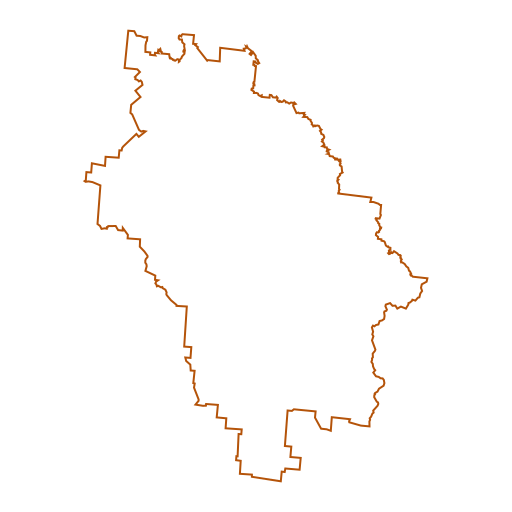 the district of Charters Towers, Queensland, Australia
{"feature_id": "25037944B10597176528862", "entity_name": "Charters Towers", "entity_type": "district", "adm_level": 2, "iso_a3": "AUS", "parent_name": "Australia", "parent_adm1": "Queensland", "projection": "albers", "projection_center": [146.233, -20.209], "detail": "fine", "context": "isolated", "style": "outline", "palette": "amber", "viewbox_px": 512, "rotation_deg": 0, "n_neighbors": 0, "source": "geoboundaries", "source_scale": "gbopen_adm2", "svg_char_len": 5987}
<svg xmlns="http://www.w3.org/2000/svg" viewBox="0 0 512 512"><path d="M280.8,481.3L281.7,471.6L284.7,472.0L285.3,468.5L299.6,469.7L300.7,457.9L290.4,457.0L291.3,446.6L284.9,446.0L287.6,410.5L291.9,410.9L293.9,409.3L315.6,411.4L315.0,417.6L321.1,428.7L326.7,429.3L330.8,430.8L331.8,417.2L350.0,419.2L349.1,421.2L349.3,422.3L360.9,425.6L369.5,426.4L369.4,421.5L370.1,419.8L369.7,418.3L371.1,416.7L372.4,413.6L373.6,412.6L373.2,410.6L377.6,405.7L378.3,403.9L378.0,402.4L376.8,401.7L374.2,397.2L374.3,395.4L375.0,394.3L374.6,393.9L375.1,393.0L377.5,391.6L379.0,388.7L383.6,385.7L384.4,383.1L383.8,379.9L382.6,378.4L380.6,378.3L378.7,376.9L376.0,376.3L373.3,372.6L375.2,370.2L374.1,368.9L373.0,366.3L372.8,363.9L371.4,361.9L372.1,359.9L372.0,358.4L372.9,357.3L372.7,353.6L375.0,350.8L375.4,349.6L372.0,340.3L373.4,336.3L372.3,334.4L373.1,331.7L371.9,327.4L373.0,325.6L374.4,326.3L376.0,325.0L378.4,324.5L379.6,321.0L381.9,320.5L384.1,319.0L384.6,315.9L384.1,312.3L384.5,311.4L386.3,310.8L386.9,309.7L385.4,306.2L385.8,304.6L390.1,303.1L392.5,305.8L395.4,305.6L397.3,308.6L400.9,306.6L405.9,308.6L408.3,304.6L408.5,303.0L409.8,302.6L411.9,300.9L412.4,299.7L415.4,300.6L417.9,297.7L419.4,297.3L420.3,293.5L422.1,291.0L421.0,287.8L421.8,284.3L426.6,281.7L427.4,278.3L412.8,276.7L411.7,275.6L410.9,275.6L410.3,274.7L410.4,274.0L411.1,273.7L410.0,271.4L409.0,270.7L408.2,267.8L406.3,266.4L404.7,264.0L402.1,262.3L401.1,262.4L400.8,261.1L401.7,259.4L400.6,258.6L400.9,258.0L400.2,257.0L400.8,255.9L400.3,255.1L398.5,254.9L397.5,253.5L394.0,251.2L392.4,253.1L391.4,253.0L391.0,252.1L390.0,253.8L389.0,254.1L388.2,253.2L389.1,252.7L388.9,250.5L390.4,249.5L390.4,247.8L388.6,247.4L388.2,246.5L387.5,246.7L385.9,245.5L384.7,241.9L383.9,241.2L381.5,240.7L381.4,239.3L377.9,238.8L378.1,236.9L375.9,235.1L376.1,233.4L377.0,232.2L378.2,232.5L379.1,231.9L379.0,230.8L379.9,230.0L380.0,228.5L381.0,228.4L381.2,227.5L380.4,227.3L379.2,225.2L379.3,223.9L378.2,223.2L378.2,222.3L376.4,220.2L376.7,219.5L375.6,218.7L375.8,218.2L379.5,218.6L380.9,215.0L380.3,214.0L381.1,205.0L380.0,205.0L378.4,203.7L373.4,202.0L370.3,202.0L371.4,197.6L337.4,193.4L339.2,192.8L338.7,191.0L339.6,189.7L339.0,189.0L339.2,184.5L337.7,182.8L337.9,182.2L337.2,181.0L338.4,179.7L337.6,179.3L337.7,177.8L340.1,175.2L339.9,174.0L342.6,172.5L342.1,171.8L341.6,166.5L339.9,165.4L339.8,164.2L340.6,163.6L339.9,161.4L340.6,161.1L340.3,159.5L339.4,159.6L339.8,161.0L339.1,161.2L337.0,158.5L336.1,158.6L336.4,159.5L335.1,159.5L334.8,158.1L333.7,157.8L332.9,156.5L329.7,156.1L329.1,154.1L328.0,153.9L328.7,153.6L328.7,152.3L326.7,151.4L326.8,150.9L329.1,149.7L327.0,148.9L326.8,147.4L324.7,147.3L324.5,145.9L323.6,146.5L322.3,146.2L324.3,144.6L323.3,142.4L321.9,141.5L322.8,140.3L322.2,139.6L323.9,138.2L324.3,137.0L323.4,134.9L321.2,133.8L321.1,132.3L320.0,130.9L321.5,129.7L320.5,129.0L318.9,125.9L317.1,125.5L315.2,126.2L314.8,125.5L313.3,126.4L312.7,125.0L311.7,124.4L312.0,123.0L310.5,120.7L310.6,119.8L308.4,119.0L307.3,117.1L303.4,116.9L304.3,115.9L304.0,115.1L304.8,114.7L303.7,113.9L304.2,112.9L299.2,113.3L298.5,112.6L296.5,113.1L293.1,105.7L293.3,104.6L295.7,103.9L294.2,102.4L293.5,103.0L291.0,102.5L289.2,103.6L287.3,102.3L285.8,102.4L285.6,101.4L284.0,100.3L282.7,101.7L281.6,102.0L280.0,101.0L279.7,101.9L279.1,101.9L277.1,100.1L277.7,98.0L276.6,96.6L275.8,97.6L272.9,97.3L271.4,95.1L269.8,94.9L269.5,97.7L261.6,96.9L261.7,95.3L260.1,96.0L258.5,95.1L258.0,93.6L256.5,92.9L253.9,93.0L254.0,91.6L251.4,89.9L251.7,88.6L253.2,88.3L253.4,85.3L254.5,85.3L254.4,84.1L253.3,83.2L253.7,82.0L254.4,81.8L256.0,66.1L254.7,66.0L254.4,64.9L253.3,64.8L253.7,61.3L255.4,61.5L255.3,62.4L257.8,63.9L259.2,63.1L258.0,61.3L257.9,60.2L255.8,58.3L255.7,55.8L253.1,52.2L251.0,55.0L249.6,53.9L251.8,51.2L247.9,48.2L247.1,46.5L246.9,47.1L246.1,46.6L246.5,47.6L245.7,48.4L243.8,48.7L244.5,50.8L220.2,47.8L219.7,61.4L207.9,60.1L207.2,60.7L197.3,48.1L197.9,47.1L195.3,45.2L196.1,44.1L193.1,43.8L194.0,35.1L182.5,34.2L181.7,34.9L181.3,36.4L179.5,35.5L178.9,36.1L178.7,38.2L179.5,39.5L181.9,39.5L182.3,42.4L184.5,44.3L184.1,46.0L184.8,50.1L183.9,50.0L183.3,51.2L183.4,51.7L184.6,51.8L184.4,53.8L181.9,56.6L181.6,57.8L179.5,60.1L179.6,61.3L178.9,61.8L179.0,60.3L178.3,59.4L177.3,59.2L175.3,60.7L174.2,60.5L173.7,59.7L172.8,59.8L172.4,59.0L169.9,58.4L169.7,57.6L170.2,57.4L169.5,56.8L169.2,54.2L161.7,53.5L161.8,52.0L160.9,51.4L160.3,48.9L159.6,49.6L159.5,50.9L158.3,49.9L157.8,52.4L158.4,53.2L155.0,52.8L154.8,54.6L155.3,55.4L150.1,54.8L150.3,52.4L145.4,51.9L145.5,45.3L146.2,41.8L147.0,40.8L147.3,37.2L144.2,37.5L140.3,36.0L136.6,35.7L134.3,31.2L128.3,30.7L124.6,68.0L137.3,69.3L139.9,72.0L134.9,77.0L135.5,77.5L135.3,79.2L137.6,80.0L138.9,81.4L140.6,80.5L141.8,81.9L142.5,84.9L135.4,90.7L140.5,97.0L131.2,104.8L130.4,112.9L132.2,114.4L139.0,129.9L141.3,131.6L143.2,130.9L145.6,131.4L138.8,136.8L136.4,133.9L123.3,146.4L122.2,147.8L121.6,150.5L119.4,150.3L118.7,157.7L105.6,156.8L105.0,165.9L91.9,163.3L91.2,172.5L86.4,172.1L85.8,180.3L84.6,181.1L85.6,181.8L88.5,181.4L92.5,182.1L100.4,185.4L97.5,224.0L100.0,225.9L101.5,228.9L104.7,228.3L106.8,228.7L106.9,227.2L107.6,227.3L108.2,226.1L115.7,226.0L118.1,230.1L122.7,230.6L122.8,227.9L127.9,234.9L127.6,238.4L140.1,239.3L139.8,246.7L144.4,251.5L147.5,255.8L147.6,256.9L145.8,259.1L145.3,260.6L145.3,262.7L146.4,264.3L146.7,266.2L145.4,270.9L155.3,275.6L155.0,279.8L158.0,280.3L156.1,281.6L155.4,283.4L156.4,284.5L156.9,286.3L158.2,285.8L160.9,287.3L162.3,287.0L162.6,288.1L165.4,289.7L166.6,292.4L166.3,294.1L166.7,295.1L171.0,300.3L176.5,304.9L176.5,305.9L186.8,306.5L184.2,346.6L191.3,347.1L190.5,357.9L185.3,357.5L186.2,361.0L190.3,364.6L190.7,370.5L194.6,370.8L193.3,383.1L194.7,383.5L194.0,387.6L198.6,399.4L198.6,400.8L195.5,404.6L202.9,405.8L205.9,405.7L206.1,404.0L217.9,404.9L216.7,417.4L226.3,418.3L225.6,428.3L241.7,429.4L241.3,434.2L238.6,434.0L237.6,456.3L236.4,456.2L236.1,460.2L240.7,460.8L239.9,473.8L251.9,474.6L251.9,476.8L280.8,481.3Z" fill="none" stroke="#b45309" stroke-width="2"/></svg>